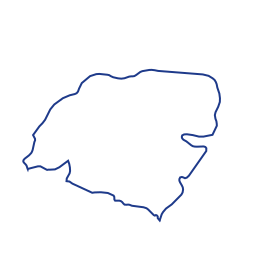 the border of Galati, rotated 119°
{"feature_id": "ROU-315", "entity_name": "Galati", "entity_type": "County", "adm_level": 1, "iso_a3": "ROU", "parent_name": "Romania", "parent_adm1": "", "projection": "robinson", "projection_center": [27.834, 45.761], "detail": "fine", "context": "isolated", "style": "outline", "palette": "blue", "viewbox_px": 256, "rotation_deg": 119, "n_neighbors": 0, "source": "natural_earth", "source_scale": "10m", "svg_char_len": 1911}
<svg xmlns="http://www.w3.org/2000/svg" viewBox="0 0 256 256"><g transform="rotate(119 128 128)"><path d="M193.6,55.3L192.4,58.3L191.0,59.1L190.5,60.2L190.6,61.4L191.6,62.0L191.7,63.2L189.5,70.8L189.2,72.9L189.8,76.0L194.1,86.9L194.4,89.4L194.9,90.7L195.9,92.2L196.7,93.9L196.3,95.5L195.6,97.2L195.4,98.9L195.8,100.5L197.4,103.3L197.8,104.1L197.2,105.2L194.9,106.6L194.1,107.8L194.6,114.1L197.4,120.7L200.5,125.9L202.0,127.9L203.6,149.7L203.2,153.2L204.3,156.0L201.8,157.1L196.0,157.1L193.7,157.8L190.8,159.6L187.9,162.0L185.7,164.5L195.6,169.0L199.6,171.8L202.5,176.4L203.2,177.7L203.7,178.2L203.9,178.7L204.0,186.0L205.2,188.2L209.9,193.2L212.3,195.7L212.7,195.6L212.4,196.0L210.0,198.6L209.3,200.3L209.0,201.5L208.4,202.9L207.8,203.5L206.8,203.8L205.0,203.5L199.9,201.3L196.8,200.5L195.2,200.5L193.3,200.8L185.6,203.1L183.8,203.3L182.5,204.1L180.2,207.6L169.5,206.3L165.1,205.1L161.0,204.5L149.4,205.0L143.2,203.9L133.5,199.4L127.6,194.8L124.1,191.0L122.5,189.8L120.4,189.4L117.2,189.9L111.1,190.2L101.0,186.3L96.3,181.9L94.6,179.3L91.4,171.8L90.9,170.1L91.0,168.1L90.8,165.6L89.4,160.8L88.1,157.8L86.2,155.2L82.5,151.9L81.3,150.3L80.5,148.9L79.5,147.6L77.6,146.5L73.0,144.4L71.3,143.0L66.8,137.4L65.6,135.3L64.5,132.6L63.5,129.4L44.9,88.6L43.3,82.8L43.5,78.1L44.0,75.6L45.2,73.5L46.7,71.7L49.3,69.5L53.6,64.8L57.4,62.0L60.7,60.3L65.7,59.4L71.7,59.1L74.6,58.3L77.5,56.0L79.2,54.0L81.3,52.4L83.0,51.4L93.0,50.8L99.0,57.9L101.1,61.7L102.8,67.9L104.9,73.4L106.4,75.8L108.2,77.0L109.5,76.7L110.4,76.1L111.0,75.1L111.4,73.8L111.4,70.5L112.4,64.6L112.5,62.6L111.9,60.6L110.9,58.6L107.4,52.8L107.1,51.1L107.7,49.7L110.2,48.4L140.2,51.6L142.9,52.5L144.3,53.8L144.4,55.5L144.7,57.1L145.9,58.4L147.8,58.3L149.2,57.5L150.3,56.1L152.1,53.1L153.4,51.3L155.1,50.0L157.9,49.0L160.4,49.0L173.6,52.7L180.0,55.7L184.5,56.6L187.1,56.7L192.9,55.6L193.5,55.3L193.6,55.3Z" fill="none" stroke="#1e3a8a" stroke-width="2"/></g></svg>